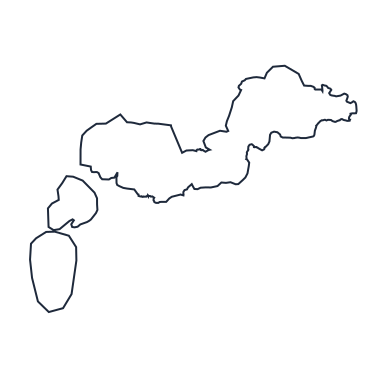 Kadavu, Fiji, rotated 187°
{"feature_id": "14151628B61046117406534", "entity_name": "Kadavu", "entity_type": "district", "adm_level": 2, "iso_a3": "FJI", "parent_name": "Fiji", "parent_adm1": "", "projection": "natural_earth1", "projection_center": [178.202, -18.951], "detail": "fine", "context": "isolated", "style": "outline", "palette": "slate", "viewbox_px": 384, "rotation_deg": 187, "n_neighbors": 0, "source": "geoboundaries", "source_scale": "gbopen_adm2", "svg_char_len": 4536}
<svg xmlns="http://www.w3.org/2000/svg" viewBox="0 0 384 384"><g transform="rotate(187 192 192)"><path d="M230.5,182.6L228.8,181.7L229.3,180.7L229.2,179.6L229.1,178.9L228.6,178.5L228.2,177.5L227.1,177.0L226.2,176.8L225.3,177.0L224.3,177.0L223.8,177.3L223.0,178.1L221.1,178.5L216.4,179.1L213.8,182.8L211.5,184.8L203.5,187.9L203.2,188.1L200.1,187.6L200.1,188.6L200.5,189.8L200.5,191.2L199.6,193.0L197.3,194.0L196.5,196.1L193.8,199.1L193.2,199.8L191.7,197.6L190.0,195.3L186.8,195.5L184.0,197.3L178.7,198.3L173.8,198.8L167.4,201.0L164.0,205.0L159.4,205.2L155.0,206.4L149.6,205.0L147.0,205.5L143.1,210.0L140.8,212.9L139.2,217.2L138.8,224.7L138.8,228.1L141.4,231.1L142.2,231.3L142.0,231.8L142.0,232.2L142.4,234.2L142.0,236.5L142.2,237.0L142.4,238.0L142.0,239.2L141.4,240.0L141.2,240.9L141.5,241.2L141.5,242.2L141.6,244.0L140.6,245.9L138.6,246.7L138.0,246.5L136.1,245.1L136.0,244.1L135.7,244.0L134.9,244.4L134.0,244.3L133.5,244.5L133.0,244.1L132.4,244.1L131.7,243.6L127.5,241.9L125.8,243.0L125.4,243.7L125.5,244.7L125.2,244.9L125.1,245.4L124.5,245.7L122.2,248.7L121.3,251.6L121.5,258.3L120.5,260.5L117.9,261.9L114.5,261.7L111.6,259.8L110.7,257.9L109.3,257.4L108.5,257.1L105.2,257.5L101.0,257.9L98.9,257.6L96.7,258.1L96.1,258.4L93.8,259.0L92.1,259.0L90.5,258.8L89.7,258.9L85.6,259.4L84.1,259.9L82.8,260.4L81.6,260.8L78.5,261.9L77.9,262.5L77.5,263.7L77.5,265.1L77.5,267.8L77.4,268.3L76.8,270.9L76.6,272.7L76.8,272.9L75.9,274.2L75.4,275.1L75.1,275.5L74.9,275.9L74.7,276.0L74.1,276.9L73.8,277.2L73.1,278.2L72.4,278.6L72.1,278.7L71.9,279.0L70.9,279.1L69.9,279.5L69.3,279.8L68.8,279.9L67.3,279.4L66.9,279.6L65.9,280.2L65.6,280.2L65.1,280.3L62.8,280.4L61.2,279.5L60.2,279.3L58.5,279.0L57.7,279.3L56.6,280.1L56.1,280.4L55.5,280.6L55.1,280.9L54.9,280.9L54.1,281.2L53.7,281.8L53.4,282.1L53.0,282.4L52.4,282.5L52.1,282.7L50.3,282.0L49.7,281.9L48.2,281.8L46.6,281.5L45.5,281.7L44.5,281.9L44.2,282.0L44.2,282.3L44.0,283.0L44.4,283.0L44.8,283.3L45.1,283.7L45.2,284.6L45.1,285.6L44.6,286.7L44.4,286.9L44.3,287.2L43.7,288.2L43.8,288.6L44.1,288.7L44.3,288.9L44.3,289.0L42.6,289.6L40.2,289.9L38.8,290.2L38.6,291.4L38.5,292.6L39.1,295.7L39.4,297.2L39.9,299.1L40.7,300.6L41.5,301.3L42.9,301.7L44.0,300.6L45.6,299.5L49.2,300.5L49.9,301.4L49.4,303.6L49.0,305.6L49.5,307.0L51.2,307.9L52.9,308.2L56.3,305.8L60.6,304.5L62.1,304.8L63.4,304.8L65.4,304.9L66.7,305.3L67.9,306.9L67.0,308.7L66.2,310.3L67.2,311.4L69.6,311.9L70.7,313.1L71.8,313.8L73.7,313.9L75.3,314.3L76.1,313.7L75.5,311.4L74.8,308.3L74.8,308.0L76.0,309.5L82.1,308.7L82.8,309.2L83.0,310.4L84.3,311.2L87.0,311.8L89.7,311.5L91.7,311.4L93.7,311.3L96.7,315.8L100.5,322.2L115.3,328.6L126.9,326.2L132.2,319.5L133.9,313.6L138.6,313.9L141.9,313.9L145.2,313.2L152.2,310.8L153.3,309.3L155.9,307.7L156.4,305.4L158.4,303.1L158.6,301.4L156.9,299.5L155.7,299.2L157.6,293.4L159.7,290.6L162.2,287.2L162.8,280.9L164.5,272.1L166.0,266.5L166.5,261.9L163.5,257.0L165.1,256.0L171.7,256.2L182.5,250.5L185.3,247.7L186.9,244.0L183.7,237.9L179.5,236.1L180.8,235.6L183.5,233.6L186.1,234.7L186.3,235.0L186.9,235.0L187.8,234.6L188.3,234.7L188.6,235.0L188.9,235.7L189.3,235.7L189.8,235.2L190.3,234.9L191.2,234.9L191.9,234.8L192.5,234.1L192.6,233.1L196.3,233.6L202.6,232.5L206.6,229.7L220.7,254.4L221.0,255.6L234.1,255.7L237.5,255.3L242.2,255.4L245.6,255.5L251.8,252.8L258.1,253.5L261.0,253.6L265.0,253.3L272.6,260.2L285.8,249.4L295.2,248.0L299.9,243.8L304.0,240.0L307.8,234.7L308.0,227.7L307.8,220.7L306.0,205.7L295.6,204.9L294.9,201.5L293.7,199.7L292.3,199.7L288.8,200.2L287.0,199.4L284.7,195.4L282.7,193.7L276.0,194.3L273.8,196.1L270.8,196.8L268.3,202.5L268.3,201.1L268.1,198.9L268.8,197.3L268.0,191.7L267.1,189.9L264.9,189.0L260.7,187.7L256.8,187.5L249.6,187.5L245.6,183.2L244.8,183.0L244.6,181.6L242.9,181.3L242.1,181.3L241.5,181.6L240.8,181.1L240.1,181.2L239.8,181.6L238.9,181.5L237.8,181.8L237.0,181.7L236.0,182.8L235.5,182.8L235.1,182.4L235.2,183.3L234.8,183.0L234.1,182.8L233.1,182.9L232.6,182.5L232.0,182.4L231.1,182.8L230.5,182.6ZM331.9,134.6L341.1,127.1L345.5,121.1L344.5,105.1L340.3,87.3L331.6,64.6L319.5,55.4L305.8,61.0L299.1,76.0L298.4,109.9L300.3,123.2L308.9,133.6L323.4,135.9L331.9,134.6ZM330.1,139.8L324.7,137.3L318.9,139.0L310.1,148.3L307.2,150.3L305.8,149.5L307.9,145.3L306.7,142.7L304.3,142.6L301.3,143.6L298.9,146.2L295.5,147.9L292.5,149.4L290.4,151.0L289.0,152.4L286.6,156.3L284.7,159.5L283.7,162.7L284.7,168.0L285.5,174.2L288.7,179.5L301.9,190.0L311.8,192.7L318.5,192.4L321.9,185.0L325.8,178.0L324.0,171.5L323.3,167.9L329.6,163.5L333.0,158.2L330.1,139.8Z" fill="none" stroke="#1e293b" stroke-width="2"/></g></svg>